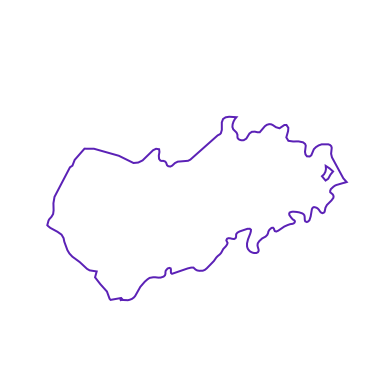 the Metropolitan department of Pas-de-Calais, rotated 317°
{"feature_id": "FRA-5334", "entity_name": "Pas-de-Calais", "entity_type": "Metropolitan department", "adm_level": 1, "iso_a3": "FRA", "parent_name": "France", "parent_adm1": "", "projection": "natural_earth1", "projection_center": [2.469, 50.516], "detail": "fine", "context": "isolated", "style": "outline", "palette": "violet", "viewbox_px": 384, "rotation_deg": 317, "n_neighbors": 0, "source": "natural_earth", "source_scale": "10m", "svg_char_len": 3483}
<svg xmlns="http://www.w3.org/2000/svg" viewBox="0 0 384 384"><g transform="rotate(317 192 192)"><path d="M65.4,222.1L67.9,222.5L67.9,221.2L58.9,215.4L58.9,213.9L61.9,206.8L62.1,196.9L62.9,188.3L68.1,185.1L63.7,179.5L62.8,176.6L62.1,166.7L60.4,157.7L60.4,153.4L61.2,149.6L64.7,141.3L66.6,138.2L67.5,134.2L66.5,129.4L63.9,121.6L63.5,118.7L63.5,117.6L67.5,115.1L68.9,114.6L72.3,114.3L75.4,113.4L78.2,111.1L83.0,105.7L88.1,101.8L119.6,90.7L122.5,91.2L128.1,88.5L142.9,87.0L149.8,93.5L163.2,115.6L169.0,130.9L172.8,133.8L177.4,135.2L192.0,134.9L195.2,135.9L197.1,138.3L195.5,140.5L192.5,142.8L190.5,145.3L190.3,147.5L191.0,148.6L192.2,149.6L193.1,151.2L193.1,152.8L192.0,155.4L192.2,156.9L193.5,158.6L195.4,159.2L199.3,159.2L202.3,160.1L210.4,166.5L212.9,167.2L249.4,168.1L251.9,168.8L253.2,168.7L256.2,166.9L261.3,161.4L264.5,159.8L267.5,160.3L270.5,162.3L275.5,167.6L273.1,167.9L270.4,168.8L267.9,170.2L265.9,172.0L264.9,174.3L265.1,178.9L264.3,181.1L262.7,182.8L262.2,183.6L262.1,185.2L262.5,186.4L263.3,187.7L264.3,188.7L265.2,189.4L268.1,190.0L273.9,188.4L276.8,188.8L279.1,190.7L280.6,192.9L282.3,194.5L290.1,193.6L292.5,193.9L294.7,195.0L296.0,196.4L296.7,198.0L297.6,201.9L299.5,205.1L305.2,206.0L306.8,207.4L306.2,210.8L303.8,213.0L298.2,216.4L297.4,220.3L300.4,224.0L304.4,227.6L307.1,231.4L307.5,234.0L306.8,235.7L302.0,239.7L300.6,242.0L300.4,244.3L302.3,246.3L304.3,246.5L310.3,243.8L313.3,243.7L316.4,244.3L319.4,245.6L324.2,250.1L325.0,251.7L325.1,253.4L324.3,255.0L319.8,258.9L318.0,262.1L312.0,285.2L311.9,290.2L302.5,285.4L301.1,284.9L299.1,284.6L295.5,284.6L293.8,285.4L292.9,286.5L293.3,289.6L293.1,290.7L292.5,291.8L291.4,292.7L288.2,293.3L281.8,293.5L278.9,294.5L275.5,296.9L274.2,297.0L272.9,296.4L272.3,294.8L272.4,293.2L272.7,291.6L272.7,290.0L272.4,288.6L271.7,287.3L270.9,286.2L269.6,285.8L268.0,286.3L262.1,290.8L258.7,292.7L257.0,292.8L255.5,292.3L254.8,290.7L255.4,289.4L257.6,286.8L258.3,285.6L258.4,284.3L258.1,282.9L256.5,280.0L254.8,277.8L252.4,275.2L250.9,274.2L249.4,273.6L248.2,274.2L247.5,275.3L247.3,276.7L247.1,278.1L247.0,280.8L247.4,282.0L247.5,283.0L247.2,283.7L246.2,284.3L245.0,284.3L243.9,283.9L241.9,282.5L239.4,281.4L235.9,280.2L228.7,279.1L226.7,278.4L225.9,277.1L226.3,275.9L226.9,274.6L226.9,273.4L225.7,272.5L222.9,272.4L220.9,273.0L219.5,274.0L217.8,274.7L215.4,274.8L211.6,273.8L207.7,273.8L205.1,274.4L203.6,275.6L202.8,276.8L201.5,279.4L200.6,280.5L199.1,281.0L197.5,280.5L195.8,279.0L194.9,277.6L194.3,276.2L193.9,274.8L193.9,273.5L194.0,272.1L194.4,270.8L195.1,269.4L197.2,267.1L200.7,264.8L206.1,262.2L208.1,261.0L209.4,259.8L209.2,258.3L207.4,256.7L199.9,253.3L197.5,252.7L195.5,253.0L193.5,255.0L192.3,255.5L190.7,255.1L189.3,253.4L188.3,251.8L187.1,250.6L185.8,250.1L184.2,250.7L183.8,251.7L183.3,253.5L181.9,254.3L179.7,254.8L176.0,255.0L171.8,256.4L169.9,256.6L167.2,256.4L165.1,256.5L160.9,257.4L150.7,257.9L148.2,257.7L146.2,256.9L143.6,254.6L142.3,252.9L141.7,251.1L141.6,249.7L141.5,248.3L139.8,246.7L136.8,245.0L121.6,238.2L121.4,237.0L122.3,235.7L123.5,234.6L124.3,233.3L123.7,232.1L122.0,231.3L119.2,231.6L117.9,232.5L116.8,233.7L115.4,234.5L113.5,234.5L110.7,233.2L109.1,231.8L106.8,229.1L105.5,227.9L102.4,225.9L99.8,225.5L96.3,225.4L89.6,226.1L79.5,229.3L77.5,229.5L75.1,229.2L72.9,228.3L71.3,227.4L66.9,222.9L65.4,222.1ZM300.6,275.2L305.2,273.7L309.2,273.2L308.7,268.5L307.6,264.1L305.6,266.6L303.3,268.2L300.6,269.1L297.8,269.1L297.5,274.7L300.6,275.2Z" fill="none" stroke="#5b21b6" stroke-width="2"/></g></svg>